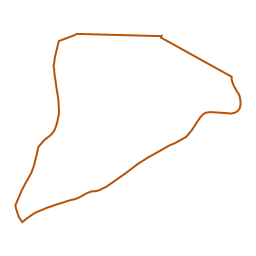 outline of Grande Riviere/Morne Elwin, Gros Islet, Saint Lucia
{"feature_id": "8701671B886545295565", "entity_name": "Grande Riviere/Morne Elwin", "entity_type": "district", "adm_level": 2, "iso_a3": "LCA", "parent_name": "Saint Lucia", "parent_adm1": "Gros Islet", "projection": "equal_earth", "projection_center": [-60.956, 14.029], "detail": "fine", "context": "isolated", "style": "outline", "palette": "amber", "viewbox_px": 256, "rotation_deg": 0, "n_neighbors": 0, "source": "geoboundaries", "source_scale": "gbopen_adm2", "svg_char_len": 1320}
<svg xmlns="http://www.w3.org/2000/svg" viewBox="0 0 256 256"><path d="M161.5,35.8L160.5,36.1L76.7,33.9L74.6,35.2L58.9,41.0L56.2,51.8L55.1,56.3L54.6,59.0L54.3,62.5L53.5,66.5L54.1,68.4L54.2,71.1L54.9,77.2L55.5,80.8L56.2,85.8L56.9,90.5L57.8,96.0L58.4,99.9L58.6,104.1L58.8,108.0L59.0,110.9L58.9,114.1L57.9,118.7L57.0,123.2L55.5,127.6L54.3,130.6L51.2,134.6L47.8,137.4L44.7,139.7L42.7,141.9L40.1,145.0L38.5,146.8L37.5,150.6L36.8,154.4L36.0,157.3L34.9,161.7L34.4,163.7L33.5,167.1L31.5,172.3L29.1,176.9L25.6,183.0L21.7,190.4L19.9,194.8L15.4,205.3L16.0,208.5L19.0,217.4L22.3,222.1L26.8,218.5L32.6,214.4L36.3,212.2L42.5,209.7L47.2,207.7L52.6,205.9L55.8,204.7L60.0,203.5L69.8,200.3L75.1,199.1L77.9,198.1L81.0,196.5L85.1,194.1L87.5,192.9L91.7,191.4L96.2,191.1L99.9,190.0L102.0,188.7L105.9,187.0L111.3,183.3L118.1,178.5L125.8,173.1L137.6,164.1L147.8,157.6L162.1,149.6L169.5,145.4L174.6,143.3L177.3,141.8L180.3,140.2L182.1,139.2L184.6,137.8L186.2,136.8L188.5,134.2L191.7,130.3L194.0,126.9L195.2,125.0L197.0,122.1L199.9,117.9L202.3,115.0L205.1,113.0L207.5,112.4L211.0,112.1L226.2,113.1L231.2,113.6L235.5,112.5L238.4,110.4L239.8,108.1L240.6,104.2L240.5,102.0L240.2,98.8L239.5,95.9L238.3,93.2L237.0,91.6L235.2,88.2L233.8,86.0L232.4,82.0L231.6,79.3L231.7,76.8L161.0,37.6L161.5,35.8Z" fill="none" stroke="#b45309" stroke-width="2"/></svg>